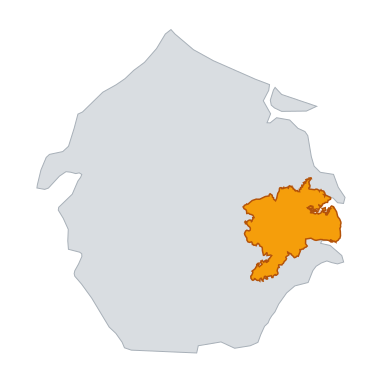 Port Loko, Northern, Sierra Leone shown in context, rotated 183°
{"feature_id": "65957751B90762568654783", "entity_name": "Port Loko", "entity_type": "district", "adm_level": 2, "iso_a3": "SLE", "parent_name": "Sierra Leone", "parent_adm1": "Northern", "projection": "albers", "projection_center": [-12.858, 8.766], "detail": "fine", "context": "in_parent", "style": "filled", "palette": "amber", "viewbox_px": 384, "rotation_deg": 183, "n_neighbors": 0, "source": "geoboundaries", "source_scale": "gbopen_adm2", "svg_char_len": 7333}
<svg xmlns="http://www.w3.org/2000/svg" viewBox="0 0 384 384"><g transform="rotate(183 192 192)"><path d="M347.1,187.9L346.8,191.1L344.0,206.1L339.4,218.9L336.3,222.1L323.2,225.6L317.7,231.2L313.0,249.5L310.0,263.8L305.5,266.2L286.3,287.0L273.7,294.9L264.9,301.6L256.6,310.4L246.2,319.0L234.9,333.4L226.9,348.4L221.5,353.1L217.3,348.9L198.0,334.2L177.7,324.3L134.5,307.9L120.2,303.3L120.7,297.5L125.6,286.8L117.6,274.2L120.7,265.1L117.6,265.1L111.4,270.6L98.2,269.0L89.5,261.1L82.4,258.3L79.3,254.3L74.7,233.6L71.4,224.2L64.9,218.4L51.6,217.0L46.2,204.4L38.9,194.6L40.1,188.5L46.1,188.9L50.7,193.3L58.2,195.1L67.6,184.5L76.0,178.8L77.9,173.7L76.9,171.0L71.8,175.3L57.9,174.1L54.5,178.0L48.3,179.2L43.5,166.8L43.7,159.5L45.7,151.5L59.7,150.1L60.9,147.5L51.2,145.8L39.1,136.4L36.9,130.0L42.9,127.8L48.7,128.8L53.7,130.2L59.1,127.9L64.2,124.3L67.2,119.8L71.3,107.7L84.4,103.6L92.2,96.2L99.5,84.7L102.9,76.6L105.9,72.5L107.8,69.0L109.2,65.2L112.5,61.7L115.9,53.1L118.3,45.3L125.8,41.5L141.2,38.2L155.2,43.8L177.7,38.8L178.9,31.5L199.5,31.3L224.0,31.1L244.3,30.9L251.3,32.9L253.9,38.3L260.6,46.8L267.6,52.7L276.4,65.7L286.6,80.8L297.6,94.4L304.6,101.7L305.4,104.3L304.9,107.3L301.5,114.2L298.6,121.8L298.9,124.6L301.0,126.0L312.4,128.3L313.5,136.7L313.6,148.2L319.2,159.0L324.6,166.9L324.3,169.8L311.5,183.5L306.5,197.0L304.0,200.8L303.0,203.8L305.6,205.2L309.1,204.3L314.1,205.4L318.9,205.7L325.2,200.9L335.6,188.4L339.2,186.9L347.1,187.9ZM116.0,298.1L114.5,300.8L107.6,294.1L72.0,284.1L82.0,278.8L106.7,277.2L114.1,280.3L117.4,282.9L118.6,287.8L116.0,298.1Z" fill="#d9dde1" stroke="#a8b0b8" stroke-width="1"/><path d="M124.8,108.1L125.0,108.8L124.6,108.8L123.1,107.5L122.1,107.1L120.4,107.3L119.6,106.6L119.5,108.7L119.2,109.2L118.4,109.5L117.1,106.9L116.3,106.8L116.7,108.2L115.7,109.2L115.2,111.4L114.4,111.7L113.0,111.2L114.1,109.7L113.7,109.2L113.0,108.9L112.0,109.1L111.9,109.3L112.7,111.1L112.3,111.5L108.5,112.6L107.8,110.8L107.1,110.8L106.7,110.9L106.6,112.2L105.0,113.7L104.6,113.9L104.0,113.2L103.5,113.3L102.2,114.4L101.9,115.1L102.0,115.9L102.9,117.8L102.4,120.0L101.8,121.3L101.0,121.3L101.7,123.3L101.4,123.9L98.4,123.9L98.0,124.8L97.0,125.6L96.2,127.5L94.9,128.7L94.1,130.4L94.9,131.6L94.5,132.4L91.9,134.4L92.0,135.2L93.1,135.9L93.3,137.0L92.3,136.5L91.7,135.8L91.1,135.9L89.6,135.2L89.6,134.7L88.0,133.5L86.4,131.8L85.1,132.2L83.6,133.6L82.5,133.4L80.8,138.5L81.2,140.1L79.7,140.2L79.2,140.7L77.8,140.9L77.7,141.5L76.9,141.9L76.1,142.7L75.2,142.9L74.1,144.1L75.9,146.3L76.0,151.0L70.8,152.1L67.3,150.5L65.6,150.2L61.3,151.3L59.4,151.3L58.4,151.0L55.0,151.1L53.1,150.8L51.8,150.3L51.2,151.5L50.8,151.5L48.7,150.4L47.0,150.3L45.6,149.3L45.6,149.8L45.9,149.8L43.3,151.7L42.9,152.7L41.9,153.5L41.4,155.9L41.8,160.4L42.5,163.5L42.1,163.7L41.7,165.2L42.0,166.8L41.6,168.6L41.8,169.8L43.1,172.6L45.2,175.1L46.6,179.8L49.7,184.4L49.9,184.1L50.1,184.6L51.7,185.4L52.4,184.9L53.1,183.6L53.3,182.3L53.0,182.3L53.8,181.7L53.8,180.0L55.0,178.0L55.8,176.3L56.2,176.1L57.2,176.3L57.7,178.5L59.8,178.6L60.4,179.7L61.4,179.5L62.2,177.8L64.7,176.6L64.8,177.1L65.2,177.3L66.5,177.3L67.6,176.6L69.0,176.9L70.4,177.6L71.1,177.4L72.5,177.5L72.5,178.1L71.5,178.5L71.1,178.8L71.2,179.1L72.2,179.5L74.0,181.2L75.6,181.7L76.0,182.4L75.3,182.5L74.6,183.4L72.7,184.3L73.1,184.6L73.1,185.0L72.9,184.5L72.0,184.3L71.6,183.9L70.7,184.1L70.3,183.4L70.3,181.7L69.6,181.0L69.5,180.6L69.3,181.1L67.8,181.0L66.7,181.7L65.6,181.5L65.0,180.9L65.0,180.5L64.7,180.5L64.3,181.2L64.5,181.5L64.1,182.3L62.7,183.6L64.6,185.3L64.6,185.7L61.9,184.4L61.3,186.1L61.0,186.0L60.6,187.2L58.9,187.7L58.4,188.6L56.1,188.7L55.7,190.7L55.4,190.6L53.9,191.9L53.4,191.9L53.1,192.6L53.4,193.8L58.0,195.7L58.9,195.5L59.3,194.7L59.5,195.7L60.2,196.3L58.8,196.3L58.7,196.5L59.3,197.5L59.3,198.0L60.0,198.5L60.2,199.5L61.0,199.9L62.7,200.1L63.2,200.8L63.4,200.3L64.4,200.4L64.8,199.4L65.1,200.0L66.7,201.2L68.3,201.4L69.6,200.7L75.2,201.1L75.5,201.5L75.4,202.6L74.7,202.8L74.5,204.1L74.6,205.0L75.3,205.5L75.2,206.0L75.8,207.4L75.6,207.8L75.9,208.2L74.6,210.2L74.6,211.0L73.6,211.4L73.9,211.7L73.7,212.1L73.9,212.4L76.0,212.0L75.9,211.1L76.9,210.5L77.5,211.0L79.0,210.2L78.8,209.8L78.1,209.5L78.1,209.2L78.9,208.4L79.0,206.9L79.6,207.1L80.1,207.9L81.3,207.1L80.5,206.0L81.1,204.7L82.6,204.6L82.7,204.1L81.8,203.0L82.0,202.7L82.9,202.7L83.8,202.0L83.4,201.2L83.5,200.5L84.9,200.4L84.6,198.0L85.2,198.2L86.0,197.9L86.4,198.1L86.7,198.9L88.6,198.5L88.7,199.0L89.4,199.0L89.6,199.8L90.3,199.9L90.7,200.6L91.2,200.5L91.7,202.0L92.4,202.2L92.5,202.7L93.0,202.3L93.5,202.9L93.8,202.7L94.2,203.0L94.7,202.9L94.9,203.2L96.0,202.5L95.6,202.0L95.9,201.7L96.0,200.9L97.0,201.5L98.0,201.4L100.1,200.7L100.5,201.4L101.1,200.2L102.1,200.1L102.2,200.6L102.8,200.3L103.1,201.0L103.6,201.0L104.5,200.7L104.8,200.3L105.0,197.4L106.3,195.1L107.1,190.2L108.1,187.6L110.1,189.1L110.3,190.6L111.3,191.0L111.8,193.0L113.9,194.3L114.6,193.6L114.9,192.1L118.6,191.3L124.1,188.3L127.6,188.2L131.5,186.6L135.5,182.8L136.1,182.6L136.8,182.9L137.1,182.3L139.0,181.4L139.7,179.8L140.1,179.7L139.1,178.0L137.3,177.2L136.6,176.1L136.2,173.4L134.3,173.7L133.0,172.8L131.8,172.7L129.9,171.9L128.7,169.7L130.0,169.5L129.7,168.4L130.5,167.1L130.4,166.3L131.1,165.6L131.4,166.6L132.6,167.1L133.8,166.7L135.4,165.5L135.6,164.4L137.2,165.6L137.7,164.7L136.7,164.1L137.0,163.2L135.4,162.7L134.3,161.3L132.2,159.7L131.8,158.6L131.9,156.9L133.1,156.1L135.3,156.7L136.4,155.8L137.4,153.4L137.1,152.2L135.8,150.1L134.9,149.1L134.6,146.7L133.5,145.1L131.8,144.7L130.1,145.3L129.5,144.9L128.9,142.7L128.1,142.8L127.4,142.0L125.9,142.3L125.2,141.7L124.0,144.0L123.5,144.2L123.1,143.7L122.7,143.8L121.7,142.7L121.6,141.7L119.6,140.9L118.9,140.0L118.6,137.0L117.3,132.5L116.9,132.5L115.5,133.6L114.4,135.2L113.9,135.1L113.7,134.4L113.8,132.5L110.2,133.2L109.1,132.7L110.9,130.1L111.1,129.4L112.1,129.0L112.4,127.4L112.0,127.4L112.0,127.0L113.1,126.3L113.4,125.8L114.0,125.6L114.7,126.2L113.6,127.2L113.9,127.8L114.4,127.9L116.0,126.8L116.6,125.6L118.3,127.3L118.5,126.9L119.6,126.6L119.3,126.0L119.8,125.2L118.6,123.8L118.2,123.7L118.2,123.4L120.9,120.9L122.2,122.5L121.1,123.5L121.4,124.5L122.8,124.0L123.0,123.4L123.6,123.0L123.5,120.7L124.4,120.3L124.7,119.0L126.2,117.5L127.9,116.1L127.1,115.4L127.1,114.6L127.8,112.4L128.9,111.0L128.6,108.9L127.4,107.4L126.5,107.0L124.8,108.1ZM73.7,181.5L71.3,181.5L70.9,182.0L71.1,183.1L72.3,183.9L74.0,183.4L74.9,182.4L73.7,181.5ZM59.3,180.4L58.9,180.1L57.9,180.4L58.1,183.3L61.1,182.2L60.5,181.5L60.8,180.5L59.3,180.4ZM70.7,179.6L69.0,178.6L68.3,179.1L66.0,179.8L68.1,179.7L68.9,180.2L69.8,179.9L71.1,180.1L70.7,179.6ZM56.4,178.5L55.9,177.4L55.5,177.5L54.2,180.5L55.7,179.7L56.4,178.5ZM56.1,181.0L56.0,180.1L55.3,180.3L55.5,180.9L56.1,181.0ZM54.6,183.2L55.1,182.3L55.2,182.0L54.1,182.5L54.3,183.2L54.6,183.2ZM67.0,178.9L66.6,178.8L65.5,179.0L66.3,179.4L67.0,178.9ZM50.6,149.4L50.1,149.6L51.3,150.1L51.1,149.7L50.6,149.4ZM60.1,179.6L59.7,178.9L59.4,179.1L59.7,179.6L60.1,179.6ZM51.5,150.4L51.3,150.2L50.5,149.9L51.0,150.4L51.5,150.4ZM72.3,180.0L71.8,179.6L71.5,179.9L72.3,180.0ZM54.3,180.7L54.7,181.0L54.7,180.5L54.3,180.7ZM49.4,149.4L49.1,149.6L49.6,149.8L49.6,149.7L49.4,149.4ZM62.8,180.1L63.0,179.7L62.8,180.1ZM51.4,150.8L51.5,150.5L51.1,150.6L51.4,150.8ZM55.7,177.2L55.9,176.9L55.7,177.2ZM50.2,150.7L49.9,150.5L50.2,150.7Z" fill="#f59e0b" stroke="#b45309" stroke-width="1.5"/></g></svg>